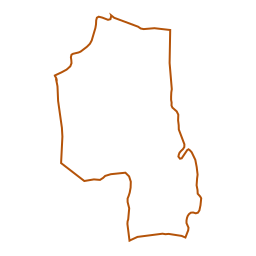 the Governorate of Hajjah
{"feature_id": "YEM-154", "entity_name": "Hajjah", "entity_type": "Governorate", "adm_level": 1, "iso_a3": "YEM", "parent_name": "Yemen", "parent_adm1": "", "projection": "equal_earth", "projection_center": [43.354, 16.097], "detail": "fine", "context": "isolated", "style": "outline", "palette": "amber", "viewbox_px": 256, "rotation_deg": 0, "n_neighbors": 0, "source": "natural_earth", "source_scale": "10m", "svg_char_len": 1463}
<svg xmlns="http://www.w3.org/2000/svg" viewBox="0 0 256 256"><path d="M108.0,19.8L110.4,19.2L111.3,15.7L111.2,15.4L114.2,17.8L138.1,26.7L140.7,28.5L143.6,29.1L154.4,28.2L170.2,30.0L169.6,63.0L171.8,89.2L171.3,92.3L171.1,96.5L171.1,99.9L171.6,102.6L171.5,105.5L172.4,107.6L176.7,111.4L178.3,114.7L178.1,120.4L178.7,125.2L178.8,129.5L184.4,144.3L184.3,147.0L183.0,149.1L181.1,150.9L179.6,152.6L178.8,154.6L178.4,156.6L180.0,158.7L181.7,158.3L187.2,150.1L188.5,149.3L189.9,150.3L191.7,152.3L195.3,159.8L196.7,167.1L197.6,174.7L197.1,178.4L196.6,185.3L197.5,190.0L197.7,193.7L200.2,196.5L201.2,198.3L200.5,205.2L199.4,210.4L197.9,212.7L195.8,213.3L193.1,212.5L190.8,212.7L188.9,214.2L187.7,216.0L187.0,217.9L186.5,220.5L186.5,223.1L188.5,227.7L188.2,230.3L185.4,237.5L181.6,235.9L168.6,233.9L165.5,234.2L162.5,233.7L137.5,236.9L129.5,240.6L127.4,223.9L127.6,221.3L128.2,219.4L129.2,208.3L127.6,202.0L127.6,198.5L128.7,195.8L129.7,192.6L130.6,187.7L130.8,181.7L129.1,176.4L125.4,172.7L110.8,174.2L105.2,175.9L103.1,177.9L100.0,179.9L93.9,179.4L84.3,181.0L61.1,163.1L61.1,162.8L62.4,136.6L61.9,127.8L58.1,100.9L57.5,86.6L57.3,85.3L56.5,81.4L56.6,81.5L56.7,80.9L56.7,80.0L56.5,78.9L56.1,77.9L54.9,75.9L54.8,75.5L61.6,72.3L66.6,69.6L70.3,66.3L71.5,63.2L71.3,60.1L70.9,57.2L71.5,54.7L73.0,53.8L78.5,52.5L80.6,51.6L86.9,46.8L89.9,43.8L91.7,40.5L95.4,28.0L96.0,24.4L96.2,20.3L96.9,17.7L98.7,16.7L102.3,17.6L108.0,19.8Z" fill="none" stroke="#b45309" stroke-width="2"/></svg>